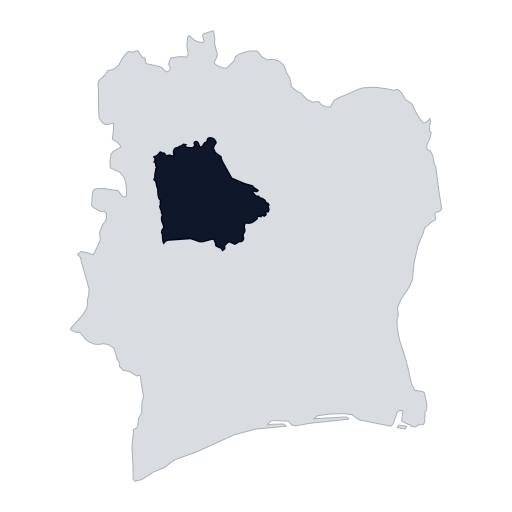 location of Worodougou within Ivory Coast
{"feature_id": "CIV-3443", "entity_name": "Worodougou", "entity_type": "Region", "adm_level": 1, "iso_a3": "CIV", "parent_name": "Ivory Coast", "parent_adm1": "", "projection": "natural_earth1", "projection_center": [-6.431, 8.415], "detail": "fine", "context": "in_parent", "style": "filled", "palette": "ink", "viewbox_px": 512, "rotation_deg": 0, "n_neighbors": 0, "source": "natural_earth", "source_scale": "10m", "svg_char_len": 7726}
<svg xmlns="http://www.w3.org/2000/svg" viewBox="0 0 512 512"><path d="M107.9,70.4L109.7,70.4L114.4,68.8L118.7,65.2L122.6,57.7L128.0,51.7L134.0,52.1L135.8,51.0L137.9,50.8L140.4,54.8L143.0,57.8L144.8,57.9L146.1,63.6L157.1,66.0L161.8,67.5L165.7,71.7L167.1,71.8L168.8,70.9L170.1,69.5L170.3,67.9L168.7,64.1L169.4,60.8L171.2,57.7L174.0,57.5L178.3,56.7L183.2,56.7L186.8,57.2L188.2,54.2L186.9,45.7L187.2,41.1L187.8,37.1L189.2,35.5L194.6,40.5L199.6,42.2L203.2,42.4L204.2,41.5L202.6,36.1L203.0,34.4L204.4,33.5L206.7,32.9L213.0,30.7L213.7,31.2L214.9,39.7L214.4,42.5L215.7,48.3L217.3,53.6L217.2,55.8L215.9,59.1L214.3,62.2L214.4,63.4L217.0,65.5L221.8,67.7L226.8,68.2L229.6,65.0L232.5,62.5L234.5,60.2L235.2,56.9L238.4,54.4L247.5,51.3L255.9,50.8L257.9,51.8L261.7,56.5L266.5,59.7L273.7,59.3L279.0,61.2L283.6,64.9L286.7,72.9L290.1,78.7L291.5,86.9L296.9,91.2L301.0,93.2L306.6,99.2L312.5,102.2L318.5,101.5L321.3,104.6L325.8,106.8L330.3,107.0L334.3,100.1L339.5,97.4L352.7,91.9L358.0,89.4L363.2,87.8L376.0,87.3L387.8,89.0L393.7,90.3L397.7,89.3L401.5,92.6L405.5,99.5L408.7,101.7L412.1,104.1L414.5,109.5L417.4,114.9L419.0,117.2L422.5,122.6L425.6,122.6L428.6,120.3L429.9,118.6L430.5,122.1L429.3,127.8L429.6,131.3L431.2,132.7L430.3,137.2L426.9,144.9L426.9,149.5L430.3,150.9L432.8,155.7L434.3,164.0L435.8,166.8L436.0,168.5L438.5,188.5L441.7,208.6L439.7,211.3L437.0,212.0L435.2,213.0L434.8,214.8L435.9,217.6L435.2,220.1L431.8,221.8L424.4,228.2L423.9,230.7L422.0,236.2L420.4,239.5L418.0,245.7L414.2,262.0L412.8,275.4L412.6,279.6L411.1,282.5L409.5,286.7L401.5,298.3L397.4,307.7L398.0,311.8L398.2,315.9L397.0,318.9L397.2,326.9L398.2,333.6L399.6,340.2L405.5,358.7L408.5,370.0L410.4,379.1L412.0,385.2L413.6,387.6L414.2,390.0L422.9,391.7L424.5,393.0L426.9,404.9L426.5,410.2L424.8,412.2L424.9,416.8L424.5,422.4L423.2,424.6L418.4,424.9L415.2,427.0L410.8,426.2L410.4,424.8L408.1,424.3L401.7,421.1L402.7,410.8L399.8,410.4L397.5,411.7L393.0,424.1L390.8,426.2L358.9,419.8L352.0,414.7L343.7,413.6L329.2,414.1L317.3,415.7L313.9,418.8L344.0,417.0L347.2,417.3L348.7,419.2L310.7,423.2L296.1,425.7L291.8,425.0L288.6,421.1L272.8,420.6L269.6,421.9L267.6,424.8L273.8,424.2L283.6,424.0L286.2,426.2L255.6,429.1L234.3,434.7L225.3,438.8L195.6,452.3L177.5,458.7L172.7,461.0L164.5,467.6L153.9,471.8L142.0,479.5L134.8,481.3L133.1,478.8L133.0,465.7L132.0,448.1L132.3,441.3L133.3,435.0L133.3,429.7L136.9,427.8L137.9,425.6L138.4,418.7L141.8,412.5L141.9,401.7L142.9,399.4L143.6,396.5L142.2,389.4L140.3,376.0L139.4,375.1L138.6,375.7L136.7,375.9L129.3,371.3L123.5,370.5L119.5,366.5L119.2,362.0L117.2,359.4L115.9,354.2L113.9,348.2L108.2,344.5L102.9,343.7L99.1,344.4L94.7,344.2L89.6,342.2L86.1,339.9L82.8,335.6L79.7,332.1L77.2,332.5L74.2,331.7L71.3,330.1L70.3,328.9L82.7,314.9L86.9,308.1L87.3,304.0L87.4,299.7L88.7,295.4L89.1,288.9L82.3,265.0L80.5,257.6L78.7,255.4L77.5,254.6L81.0,251.5L85.7,252.3L93.0,254.7L94.6,252.4L100.2,240.3L100.0,235.8L99.5,232.7L102.7,224.5L105.3,221.3L106.6,217.8L106.2,213.1L104.3,211.4L101.7,211.7L98.7,210.6L94.0,207.9L91.6,205.4L92.4,194.5L92.8,191.2L94.5,189.2L97.0,188.7L104.2,188.4L110.1,189.6L115.2,190.3L118.0,190.3L120.2,193.6L123.1,196.9L125.7,196.8L126.6,194.4L126.0,183.6L124.3,177.9L120.4,172.4L110.2,167.8L110.0,161.2L111.0,154.1L113.2,151.5L120.8,147.0L119.5,144.5L117.1,142.0L112.3,139.3L113.4,130.8L113.6,123.3L109.6,124.1L105.4,124.6L101.9,122.2L99.0,117.6L98.5,104.9L98.5,90.3L97.9,83.8L99.1,80.4L102.6,77.2L106.5,73.1L107.9,70.4ZM406.7,426.4L405.0,429.2L397.0,427.4L398.9,425.0L406.7,426.4Z" fill="#d9dde1" stroke="#a8b0b8" stroke-width="1"/><path d="M222.5,250.4L221.5,248.6L220.4,247.8L218.8,247.2L216.5,246.1L216.0,245.7L215.7,245.3L215.5,243.1L215.4,242.7L215.3,242.4L214.6,241.0L213.8,239.2L212.0,239.1L202.9,241.6L201.0,241.7L199.6,241.6L190.6,238.5L168.2,240.1L166.5,240.5L165.2,241.5L163.7,243.2L163.0,241.4L162.7,238.9L162.4,234.3L162.3,233.8L161.8,233.0L161.6,232.3L161.7,231.2L161.8,230.7L162.1,230.2L162.7,229.3L163.3,228.6L163.7,227.8L163.7,226.3L163.0,224.1L161.9,221.2L161.6,219.7L161.6,217.3L161.8,216.7L162.4,215.7L162.4,215.2L162.1,214.0L161.6,213.1L161.3,212.1L161.6,210.8L160.9,209.8L160.2,208.0L159.8,206.2L160.4,205.1L160.4,201.9L160.3,201.5L160.5,201.1L161.2,200.6L160.1,199.7L159.1,198.6L158.5,197.2L157.9,192.8L157.9,189.9L157.6,188.3L156.8,186.4L156.4,183.7L156.0,182.2L155.3,180.9L154.6,180.2L155.3,179.9L155.4,179.6L154.9,179.3L154.1,179.3L154.7,178.0L154.9,176.6L155.0,174.0L155.7,170.6L155.8,169.4L155.9,168.8L156.5,168.2L156.6,167.6L156.5,167.1L155.9,165.9L155.8,165.5L155.7,164.2L155.5,163.1L155.0,162.3L154.1,161.9L154.6,161.2L154.8,160.6L155.0,159.9L155.0,158.9L155.4,158.1L155.4,157.7L154.8,157.5L154.3,157.5L154.1,157.3L153.9,157.0L154.0,156.7L154.9,156.5L156.4,156.0L157.3,155.3L158.2,154.3L159.0,153.7L159.5,152.9L159.6,152.7L159.8,152.5L159.9,152.3L160.2,152.2L160.6,152.1L161.2,152.3L161.5,152.5L161.8,152.8L162.1,153.0L162.3,153.2L162.7,153.2L163.8,153.1L164.1,153.2L164.4,153.3L164.6,153.6L165.2,154.8L165.4,155.0L165.7,155.3L166.0,155.4L166.3,155.6L166.6,155.6L167.0,155.6L168.0,155.5L169.7,155.1L170.1,155.2L170.5,155.4L170.7,155.6L171.1,155.8L171.5,155.9L172.2,155.8L172.6,155.9L172.9,156.1L173.3,156.6L173.5,156.7L173.9,156.3L173.9,155.9L173.6,152.7L173.5,151.6L173.6,151.1L173.7,150.6L174.1,149.9L174.3,149.4L174.4,149.0L174.7,148.6L175.4,148.2L177.8,147.5L178.5,147.2L179.3,146.7L179.8,146.3L181.3,145.9L183.5,144.3L185.7,144.7L185.2,145.1L185.2,145.8L185.9,146.7L186.3,147.2L186.6,147.4L186.9,147.5L192.1,147.9L192.6,147.7L193.3,147.3L194.3,146.2L194.7,145.6L194.8,145.1L194.3,143.8L194.2,143.4L194.2,143.0L194.2,142.7L194.4,142.3L194.6,142.1L194.8,141.9L195.2,141.7L195.6,141.6L196.5,141.6L196.9,141.7L197.3,141.9L197.9,142.6L198.3,143.2L198.5,143.7L199.0,145.2L199.3,145.8L199.6,146.3L200.1,146.9L200.3,147.1L200.6,147.2L201.0,147.3L201.5,147.1L202.2,146.4L203.4,144.8L204.5,143.1L204.8,142.7L205.5,142.4L206.0,142.4L206.4,142.3L206.7,142.0L207.1,141.2L207.4,139.7L207.7,138.9L207.9,138.7L208.5,138.1L210.1,137.8L211.3,138.1L211.7,138.1L212.1,138.2L212.9,138.4L214.2,139.2L215.6,141.4L215.9,142.0L215.9,142.4L215.9,142.8L215.9,143.2L215.7,143.5L215.5,143.8L214.8,144.5L214.5,145.1L213.6,147.0L213.5,147.4L213.4,147.8L213.4,148.3L213.5,148.6L213.6,149.0L213.9,149.6L214.5,150.7L214.7,151.1L215.0,152.2L215.1,152.4L215.3,152.6L219.3,155.6L220.4,156.3L220.7,156.6L221.0,156.9L221.1,157.5L221.2,158.4L221.3,158.8L222.3,161.4L231.6,178.1L232.1,178.4L244.6,183.7L252.7,186.0L253.0,187.1L258.0,190.4L257.3,191.3L256.8,191.6L255.3,191.4L254.1,191.0L253.6,190.9L253.0,191.1L252.5,191.4L252.2,191.7L252.3,191.9L252.9,192.4L254.6,194.8L255.3,195.3L255.6,195.4L255.8,195.8L256.1,196.1L256.5,196.3L258.6,196.3L258.9,196.5L259.1,196.9L259.1,197.4L259.2,197.7L262.2,198.5L262.6,198.6L263.8,199.6L264.5,200.0L264.8,200.2L265.1,200.6L265.7,202.1L265.9,202.5L266.6,202.9L267.5,203.2L268.3,203.8L268.8,205.0L267.6,205.0L268.7,208.4L268.8,210.2L268.0,211.8L267.1,211.8L266.2,211.8L265.4,212.1L266.0,213.8L265.9,214.8L265.4,215.4L264.7,215.2L264.2,216.1L263.4,215.7L262.3,215.4L261.5,215.5L261.0,216.6L260.0,216.3L258.2,216.3L257.5,216.5L257.1,216.7L257.2,217.8L257.2,218.3L257.0,218.8L256.6,219.2L253.1,221.9L251.5,222.7L248.9,223.2L246.8,223.0L246.3,223.0L245.4,223.1L244.8,223.4L244.2,226.7L244.3,227.4L244.5,228.7L244.7,229.4L244.8,229.8L244.8,230.2L244.8,230.6L244.6,231.4L244.4,232.1L243.5,233.5L243.4,233.8L243.1,235.0L243.1,235.4L243.1,236.3L243.3,237.0L243.6,238.1L243.5,238.7L243.4,239.3L242.8,240.3L242.4,240.8L241.4,241.5L239.6,241.6L239.0,241.7L238.1,242.1L236.9,243.0L235.8,243.7L234.7,244.1L230.0,242.0L229.2,241.8L228.5,241.9L226.5,243.6L224.8,245.4L224.6,246.2L224.6,246.7L224.7,248.0L224.7,248.3L224.5,248.8L224.3,249.1L222.5,250.4Z" fill="#0f172a" stroke="#020617" stroke-width="1.5"/></svg>